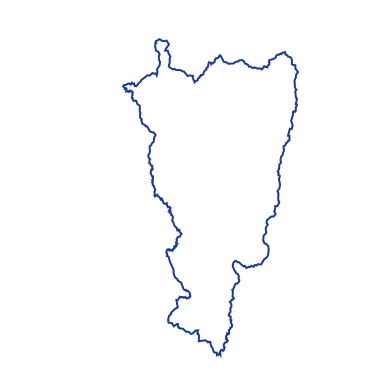 Ngororero, Western, Rwanda (Equal Earth projection), rotated 11°
{"feature_id": "39286606B38913138871456", "entity_name": "Ngororero", "entity_type": "district", "adm_level": 2, "iso_a3": "RWA", "parent_name": "Rwanda", "parent_adm1": "Western", "projection": "equal_earth", "projection_center": [29.551, -1.904], "detail": "fine", "context": "isolated", "style": "outline", "palette": "blue", "viewbox_px": 384, "rotation_deg": 11, "n_neighbors": 0, "source": "geoboundaries", "source_scale": "gbopen_adm2", "svg_char_len": 6009}
<svg xmlns="http://www.w3.org/2000/svg" viewBox="0 0 384 384"><g transform="rotate(11 192 192)"><path d="M269.3,47.9L266.1,47.8L265.5,47.2L265.1,43.7L263.2,41.0L260.5,40.7L259.6,39.8L257.5,39.1L256.6,36.9L253.8,38.5L253.4,39.7L252.3,39.4L251.2,40.7L249.9,40.8L248.7,42.2L248.5,43.9L246.8,45.7L242.9,47.7L242.5,49.3L243.4,50.3L243.5,52.4L242.5,53.1L241.9,54.3L242.2,55.2L240.6,55.4L238.9,54.7L237.3,58.4L235.1,57.7L232.2,58.4L229.8,57.7L228.2,58.8L225.1,57.7L224.0,58.1L222.3,56.2L219.7,55.8L217.7,53.5L216.1,53.0L213.7,53.5L212.4,55.0L210.1,55.9L208.3,57.9L203.1,59.2L201.5,58.3L198.5,58.2L194.0,52.7L193.5,53.3L192.9,52.9L192.0,55.4L189.8,56.3L189.9,57.0L189.2,58.0L189.4,60.0L188.2,61.0L188.0,61.8L186.6,61.8L186.4,62.6L185.8,61.4L183.8,61.5L183.7,66.4L182.5,67.3L182.8,68.8L180.9,71.4L180.6,74.4L178.8,76.0L178.2,75.7L177.6,78.1L176.9,78.3L177.0,78.9L176.4,79.4L176.1,81.4L174.5,82.4L173.6,83.8L170.8,79.4L170.8,77.9L166.9,78.1L165.5,79.0L161.1,75.2L159.7,75.4L157.6,74.6L152.9,75.2L151.5,74.5L150.1,75.2L146.6,74.2L145.1,72.8L145.4,69.1L144.7,65.7L144.9,63.0L142.5,60.4L141.4,57.9L138.7,58.3L139.2,55.7L141.1,52.3L141.1,51.3L138.2,48.3L134.6,49.5L131.0,48.2L127.6,51.1L127.6,52.2L128.4,52.7L127.8,53.2L127.8,55.1L129.2,59.2L130.1,60.4L132.1,60.7L134.0,63.1L133.5,64.8L133.7,66.0L134.6,68.9L135.9,70.5L136.0,74.1L134.7,76.8L134.3,78.7L135.3,80.7L135.1,84.3L133.7,82.6L131.4,83.2L130.8,82.7L129.7,83.6L128.5,85.7L126.1,85.9L120.9,91.8L120.5,93.5L118.9,95.3L117.2,98.8L115.7,98.9L114.5,96.6L113.8,97.2L112.2,96.2L111.7,98.0L110.8,98.3L110.0,97.4L108.5,97.8L107.2,99.2L104.9,100.0L104.3,101.6L105.9,102.3L106.2,103.6L107.7,102.8L108.1,103.2L107.9,104.9L108.5,105.0L108.5,105.8L109.1,105.4L110.9,105.9L111.3,105.4L111.1,104.6L112.2,104.1L113.1,104.9L114.2,104.7L115.0,105.8L114.5,107.0L115.2,108.4L114.9,109.3L115.5,110.8L115.1,111.0L116.0,112.3L116.6,112.4L117.0,113.7L119.9,113.2L121.6,116.1L124.3,117.4L125.5,123.4L126.4,124.5L126.3,126.4L127.0,129.1L128.8,130.2L128.6,131.4L130.4,134.6L132.7,135.1L134.1,136.4L135.2,136.0L139.4,140.7L143.1,140.9L145.4,143.0L144.5,146.1L144.8,150.2L143.3,151.9L143.1,153.6L141.7,155.4L143.0,160.2L142.8,162.7L142.1,164.1L142.3,165.4L143.7,167.3L144.6,167.7L144.2,168.6L144.5,171.9L145.2,171.9L147.2,174.1L148.0,173.9L148.2,175.3L149.0,176.5L148.8,177.6L148.1,177.3L147.7,178.2L147.7,181.1L150.2,184.7L150.8,184.4L151.3,187.1L150.6,187.9L151.5,188.5L151.0,190.4L151.8,190.8L152.2,192.9L153.5,193.4L154.5,195.7L155.6,196.8L155.1,198.7L155.5,200.6L156.7,202.1L155.9,202.7L156.5,203.4L158.5,201.4L158.8,202.3L160.8,203.1L162.6,205.1L163.0,204.1L163.6,204.1L163.9,205.6L164.7,205.6L166.1,208.3L167.7,208.8L169.4,207.8L170.0,210.0L171.4,211.6L172.5,210.9L174.1,211.9L172.9,214.8L174.5,214.7L174.7,215.4L174.0,216.5L175.1,216.7L175.9,217.5L176.0,218.6L176.8,218.6L178.2,220.5L178.0,223.9L179.6,225.5L181.3,228.6L183.9,230.2L184.8,232.3L185.7,231.6L186.2,232.4L187.0,231.9L187.2,233.2L189.7,235.0L188.5,238.1L186.8,238.9L185.9,241.6L186.6,242.9L185.9,244.4L187.0,245.2L186.4,245.3L186.8,246.4L186.4,246.7L186.9,247.4L186.2,248.1L186.8,248.5L185.8,249.3L184.9,249.2L185.6,250.8L184.2,251.7L184.1,253.4L182.9,252.8L181.5,253.7L180.9,252.7L180.4,253.4L179.5,252.8L178.5,253.4L178.3,256.4L179.4,257.2L179.6,259.7L181.2,259.8L183.9,265.1L188.6,271.5L189.4,275.1L191.5,278.9L194.3,280.3L194.9,281.6L198.9,283.2L202.1,288.8L203.2,289.5L204.8,289.3L205.3,290.2L206.6,289.8L208.4,291.0L209.5,292.2L209.4,293.4L210.2,294.2L210.3,295.2L209.4,295.6L208.8,296.9L207.6,296.8L207.1,297.5L205.5,296.3L205.2,297.0L203.9,296.9L203.5,297.4L202.2,296.9L200.5,297.8L200.5,297.1L200.1,297.1L198.9,300.4L197.3,301.0L200.0,308.0L197.5,310.1L194.3,314.8L194.7,316.1L193.3,317.7L192.8,321.4L193.4,322.2L193.2,323.1L193.6,324.3L194.6,324.8L197.2,324.5L199.7,327.3L202.5,324.4L203.4,324.3L204.0,327.0L204.7,327.1L205.3,328.1L209.4,328.0L212.4,330.1L216.1,330.1L218.1,331.6L219.8,330.6L221.9,327.3L224.4,326.7L224.0,328.8L224.7,330.3L225.3,330.1L226.2,331.6L227.2,337.2L232.6,335.2L234.6,335.3L236.3,336.5L236.5,336.0L238.5,335.7L240.1,339.5L241.9,341.1L243.5,344.4L244.8,345.3L246.9,345.0L247.6,347.1L248.0,346.5L248.9,346.9L249.7,345.1L250.9,346.3L250.1,343.3L250.5,341.9L251.3,341.1L252.6,342.1L253.3,341.3L253.7,338.3L252.7,337.8L252.3,335.5L253.3,333.3L254.8,332.8L255.6,331.0L253.6,330.2L254.1,328.9L253.1,328.5L253.0,326.8L253.6,325.6L253.5,324.2L254.7,324.8L255.4,324.0L254.6,320.6L255.7,319.1L255.5,318.1L256.6,317.2L256.9,316.1L256.4,314.2L255.0,312.8L255.1,310.3L254.1,310.2L253.8,307.0L251.6,306.2L251.7,304.4L252.7,302.3L251.8,299.0L252.6,297.0L251.9,294.4L250.1,292.5L251.6,290.9L251.9,289.7L253.0,289.6L253.4,288.2L251.8,287.1L251.1,281.9L250.2,280.4L250.8,280.0L251.5,277.6L251.9,274.5L252.8,273.4L253.9,273.3L255.2,271.2L255.4,269.7L254.3,268.2L253.9,265.3L252.3,263.6L250.6,263.2L249.8,261.7L248.6,261.0L246.0,256.7L246.2,253.3L247.4,251.6L248.3,251.3L250.1,252.2L251.4,252.0L256.8,255.2L257.9,254.4L259.7,256.1L260.9,255.7L261.7,254.6L263.2,254.6L264.5,253.1L266.7,253.7L267.4,251.7L269.3,251.9L270.3,250.4L273.7,249.9L275.6,244.5L278.0,241.7L278.7,239.3L278.2,233.4L277.0,230.3L274.4,228.6L272.9,228.7L271.7,226.5L271.2,226.3L270.6,221.3L272.7,217.9L271.2,213.4L272.6,209.3L271.1,208.3L270.9,205.5L273.9,201.6L275.1,200.7L276.8,200.6L278.3,197.6L276.4,195.3L276.8,193.4L276.4,190.0L278.5,189.7L279.7,185.5L278.2,183.5L277.1,176.9L275.7,175.0L277.1,171.5L277.1,168.1L274.9,162.8L275.2,159.7L274.8,159.0L273.4,158.7L273.4,156.7L272.2,155.6L273.1,152.9L272.5,148.6L273.7,146.2L272.7,143.3L272.8,140.3L273.9,138.3L273.9,135.8L274.4,134.0L273.1,129.6L274.5,128.7L275.0,126.0L276.1,125.3L276.5,123.6L277.8,122.7L276.9,118.2L275.5,118.4L276.0,111.3L277.8,111.2L278.1,107.4L275.7,103.1L276.4,97.5L276.0,94.2L276.5,93.3L277.7,93.7L278.4,92.4L277.7,88.8L278.5,87.2L278.2,86.0L277.1,85.9L277.3,80.8L277.0,80.0L276.0,79.5L274.2,73.7L274.9,71.5L274.0,71.0L272.8,69.0L272.2,65.6L271.3,63.7L272.1,59.5L271.8,57.0L273.1,54.1L269.9,51.1L269.3,47.9Z" fill="none" stroke="#1e3a8a" stroke-width="2"/></g></svg>